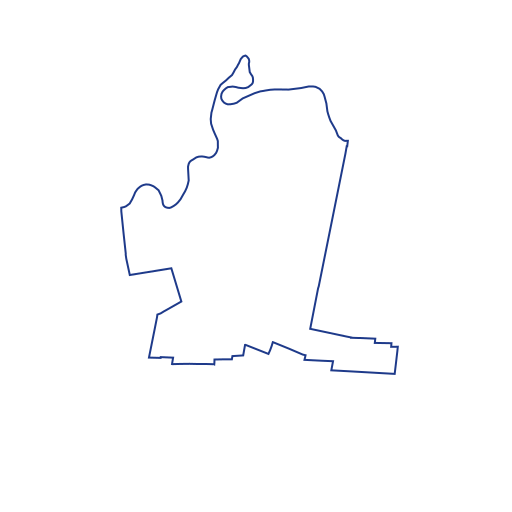 outline of Moldoveni, Ialomita, Romania, rotated 147°
{"feature_id": "2599482B86291871971416", "entity_name": "Moldoveni", "entity_type": "district", "adm_level": 2, "iso_a3": "ROU", "parent_name": "Romania", "parent_adm1": "Ialomita", "projection": "robinson", "projection_center": [26.516, 44.733], "detail": "fine", "context": "isolated", "style": "outline", "palette": "blue", "viewbox_px": 512, "rotation_deg": 147, "n_neighbors": 0, "source": "geoboundaries", "source_scale": "gbopen_adm2", "svg_char_len": 3175}
<svg xmlns="http://www.w3.org/2000/svg" viewBox="0 0 512 512"><g transform="rotate(147 256 256)"><path d="M370.6,260.6L372.5,258.4L379.6,251.1L401.1,229.1L391.5,222.5L391.0,223.1L380.9,215.9L385.3,211.1L385.1,210.9L378.1,206.6L371.0,202.1L370.8,202.0L364.5,197.7L363.5,197.0L363.3,196.9L355.8,192.0L355.5,191.8L352.9,190.0L352.8,189.9L350.1,188.1L350.0,187.9L349.6,188.4L349.2,188.9L347.2,191.8L339.8,187.2L332.5,182.5L330.3,184.9L320.9,179.6L313.6,187.4L313.2,187.2L298.9,167.1L295.5,169.3L292.0,171.9L288.8,174.6L288.7,174.5L278.6,160.0L270.5,147.9L269.1,146.4L268.5,145.8L269.8,144.5L271.9,142.5L257.4,132.0L248.7,125.8L255.1,119.1L240.7,108.6L203.9,81.6L197.4,89.4L189.2,99.3L186.5,102.7L189.3,104.4L192.1,106.2L189.9,109.1L200.0,115.9L203.7,118.4L201.0,121.7L212.6,130.0L216.0,132.3L220.7,135.6L220.5,135.8L223.8,139.0L236.9,152.1L246.7,161.9L250.2,165.4L241.5,174.4L221.5,195.1L219.9,196.4L173.6,243.7L125.3,293.1L120.1,298.7L119.7,298.4L116.2,302.6L116.8,303.0L118.6,304.0L119.6,305.3L120.2,306.7L120.5,307.8L120.6,308.2L120.7,308.8L121.4,310.1L121.7,311.3L121.7,312.7L120.6,317.8L119.9,328.7L119.1,332.3L118.2,335.7L117.3,338.5L113.9,345.6L111.7,352.3L111.0,354.8L110.9,358.0L111.6,361.6L113.9,365.4L115.8,367.1L119.3,369.4L126.7,372.3L138.0,377.8L145.5,382.8L150.0,385.7L153.6,387.7L158.1,389.7L159.6,390.3L162.7,391.7L168.5,393.3L177.6,394.8L181.3,395.4L187.0,395.1L188.7,395.0L191.6,395.8L193.2,396.5L194.8,397.2L195.9,397.9L197.0,398.5L198.1,399.9L198.5,400.5L199.3,402.2L199.6,404.8L199.4,406.8L198.4,408.8L197.4,409.9L196.6,410.8L194.4,412.1L192.6,412.6L190.1,413.0L187.7,413.0L184.5,411.4L183.4,410.9L182.0,409.7L180.7,408.5L179.2,406.8L176.8,404.8L175.8,404.0L174.7,403.3L173.1,402.5L170.5,401.9L166.1,402.3L164.6,402.9L163.5,403.9L162.3,405.7L161.4,407.5L161.1,409.0L161.2,411.5L161.1,412.6L161.1,413.6L157.9,420.2L157.0,421.5L156.0,422.4L155.2,423.8L154.7,425.4L155.0,428.3L155.6,429.8L156.9,430.2L158.4,430.4L161.5,429.5L165.4,426.9L166.7,426.3L169.1,424.9L172.0,423.8L174.8,422.2L177.6,420.8L181.8,420.3L185.4,419.6L189.5,419.2L192.5,418.8L197.0,416.4L199.5,414.6L205.4,409.5L207.6,407.5L212.7,402.8L215.3,400.5L219.4,395.5L221.6,391.4L223.2,385.3L223.9,381.3L224.8,375.4L225.4,373.2L227.7,369.6L229.0,367.5L231.3,365.5L233.3,364.2L236.0,363.3L238.1,363.1L239.8,363.3L241.7,363.9L242.8,364.8L243.7,365.8L245.4,367.5L247.2,369.0L249.9,370.5L252.3,371.2L256.5,371.2L258.1,371.3L259.5,371.2L260.8,370.8L262.3,369.9L264.3,368.0L265.5,366.1L269.0,360.0L271.3,356.0L274.1,353.3L276.9,351.0L280.2,348.9L283.2,347.4L286.1,345.9L288.4,344.7L292.4,343.4L295.1,342.9L297.8,342.8L300.8,343.0L302.3,343.4L303.8,344.5L304.9,345.7L305.6,346.9L305.9,348.2L305.9,349.2L305.7,350.3L305.0,352.0L304.2,353.5L302.7,357.9L302.4,360.0L301.9,364.2L303.3,368.6L304.0,370.3L305.4,372.4L306.8,374.1L309.2,375.9L311.6,376.8L313.7,377.2L315.6,377.2L318.7,376.8L321.0,375.9L322.8,375.1L325.2,373.4L329.2,370.9L331.8,369.6L333.3,368.8L336.1,368.6L338.1,368.5L340.0,368.9L342.7,369.9L344.7,366.7L354.9,346.8L363.9,329.0L364.6,328.0L366.3,324.3L372.2,308.8L333.7,291.8L343.4,258.5L362.0,259.6L362.9,259.7L367.3,259.8L370.6,260.6Z" fill="none" stroke="#1e3a8a" stroke-width="2"/></g></svg>